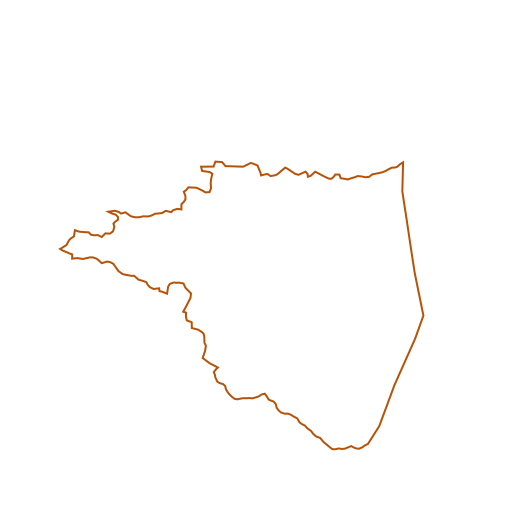 Monteiro, Paraíba, Brazil (Mercator projection), rotated 24°
{"feature_id": "56859067B82633114024292", "entity_name": "Monteiro", "entity_type": "district", "adm_level": 2, "iso_a3": "BRA", "parent_name": "Brazil", "parent_adm1": "Paraíba", "projection": "mercator", "projection_center": [-37.158, -7.889], "detail": "fine", "context": "isolated", "style": "outline", "palette": "amber", "viewbox_px": 512, "rotation_deg": 24, "n_neighbors": 0, "source": "geoboundaries", "source_scale": "gbopen_adm2", "svg_char_len": 2968}
<svg xmlns="http://www.w3.org/2000/svg" viewBox="0 0 512 512"><g transform="rotate(24 256 256)"><path d="M407.8,206.8L396.4,189.1L375.9,156.9L363.4,137.5L352.3,110.6L350.3,113.5L349.0,116.7L347.2,118.5L344.1,120.1L341.6,123.1L339.9,125.5L337.2,128.3L334.2,130.5L332.1,132.0L329.0,134.2L327.2,137.6L324.1,139.5L320.1,140.4L316.4,141.6L313.7,144.3L311.4,146.2L308.8,148.7L306.2,149.3L301.7,150.5L299.1,147.7L295.3,149.3L294.7,152.3L293.5,154.8L291.0,155.7L286.0,155.6L275.8,154.9L273.3,160.6L271.2,162.5L269.7,160.0L266.9,158.8L264.2,161.9L261.7,164.6L258.1,165.0L249.4,163.5L246.7,163.4L242.3,172.6L240.7,174.4L236.9,177.0L233.1,176.4L230.6,178.1L227.9,180.3L226.4,178.3L220.6,172.7L216.3,172.8L213.4,173.1L208.0,179.6L191.6,186.3L186.8,184.0L180.5,186.3L180.9,191.6L169.5,196.7L172.1,200.2L179.4,198.2L182.6,198.6L183.9,204.8L185.2,208.4L187.4,212.4L187.5,216.6L183.8,218.5L181.4,218.1L174.0,217.8L166.3,220.8L165.4,224.2L163.9,226.7L167.0,229.7L168.5,232.9L168.1,235.8L166.8,239.0L168.9,243.8L165.0,244.9L161.7,247.8L160.7,250.4L155.1,251.5L152.7,255.0L146.6,258.5L143.9,261.7L141.3,263.8L136.9,265.6L133.2,268.3L129.8,269.8L125.6,270.6L118.9,269.2L115.5,272.1L112.9,271.6L108.8,272.0L103.1,275.6L106.7,275.8L110.9,275.3L113.9,276.4L115.2,278.9L113.5,281.7L112.6,284.4L114.7,287.0L115.4,291.6L113.4,295.0L109.2,296.6L107.3,301.4L103.0,301.2L99.8,302.9L96.4,303.7L93.6,302.4L89.5,304.0L84.5,305.7L80.1,306.1L81.7,312.2L79.7,315.3L78.8,317.6L78.4,323.1L74.2,329.2L76.5,329.6L84.2,329.5L87.5,329.3L89.1,333.2L93.6,330.6L99.1,329.1L104.7,324.9L107.6,323.6L111.5,323.3L114.0,323.9L118.0,325.3L122.3,321.6L125.7,320.9L128.9,321.2L136.3,325.7L141.8,326.8L150.2,324.8L152.7,323.7L158.4,325.4L164.1,324.6L166.6,324.6L168.7,326.3L171.6,327.6L175.8,327.8L180.7,324.9L182.1,327.3L184.7,326.8L190.1,326.6L188.2,319.8L188.6,316.5L191.7,313.6L194.4,312.8L196.6,311.6L200.9,310.6L204.6,313.8L211.8,316.6L213.2,320.9L213.0,324.6L212.6,331.9L212.2,336.5L215.1,336.2L216.8,340.1L218.9,342.9L224.2,342.7L226.7,347.9L233.4,346.8L237.3,347.5L239.6,348.2L241.4,350.4L244.2,356.2L246.8,358.5L248.1,363.7L248.8,370.9L257.2,372.8L266.5,373.4L265.4,376.1L264.7,379.3L266.9,381.4L268.3,383.5L271.7,386.5L274.4,386.9L277.9,386.4L280.6,387.2L282.8,390.0L285.6,392.0L288.2,393.3L291.2,394.4L294.3,395.2L297.3,394.5L300.0,392.5L302.1,391.1L304.8,390.0L307.7,388.5L310.7,387.5L312.8,385.7L315.6,383.2L317.3,380.4L320.0,378.2L322.7,379.7L326.0,382.0L328.5,382.0L331.1,381.8L334.1,383.1L336.7,386.3L339.6,387.9L342.6,388.8L346.2,388.4L349.2,387.1L352.1,386.8L355.6,387.3L359.9,387.6L363.2,390.2L366.4,390.9L369.6,391.0L373.0,392.5L377.4,393.4L380.7,395.3L384.4,396.4L388.6,396.1L391.8,397.7L394.3,398.8L397.6,399.6L401.7,400.8L404.2,401.4L406.9,400.4L409.8,398.2L412.7,397.4L415.3,396.1L418.2,393.1L420.4,390.9L423.2,391.2L426.0,391.0L428.6,390.1L431.0,387.4L432.7,384.5L434.7,382.2L437.8,361.3L435.0,317.7L435.0,266.9L433.2,242.4L407.8,206.8Z" fill="none" stroke="#b45309" stroke-width="2"/></g></svg>